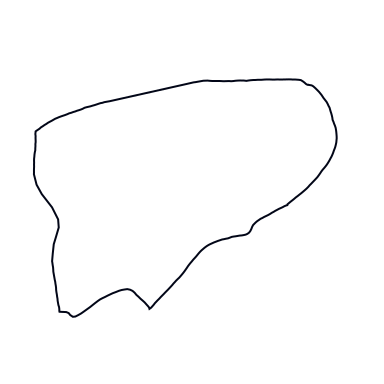 the district of Mudiyah, Abyan, Yemen, rotated 170°
{"feature_id": "15242507B27730634492451", "entity_name": "Mudiyah", "entity_type": "district", "adm_level": 2, "iso_a3": "YEM", "parent_name": "Yemen", "parent_adm1": "Abyan", "projection": "orthographic", "projection_center": [46.206, 13.949], "detail": "fine", "context": "isolated", "style": "outline", "palette": "ink", "viewbox_px": 384, "rotation_deg": 170, "n_neighbors": 0, "source": "geoboundaries", "source_scale": "gbopen_adm2", "svg_char_len": 4261}
<svg xmlns="http://www.w3.org/2000/svg" viewBox="0 0 384 384"><g transform="rotate(170 192 192)"><path d="M343.3,97.1L343.0,97.0L339.9,96.3L336.7,95.6L334.5,94.2L333.3,92.0L331.0,89.8L328.5,89.6L325.5,90.5L322.4,91.6L319.8,92.8L317.3,94.0L314.8,95.2L312.3,96.4L309.2,98.1L306.6,99.5L303.7,101.0L301.1,102.2L298.6,103.0L296.0,103.7L293.1,104.6L290.2,105.4L287.6,106.1L284.3,106.7L281.0,107.4L278.3,107.7L275.6,107.7L272.6,107.6L269.9,106.5L267.7,104.9L266.0,102.8L264.6,100.3L262.9,98.2L261.3,95.9L259.5,93.7L257.8,91.5L256.4,89.2L254.9,86.8L254.3,85.6L254.2,84.3L252.3,85.2L250.8,86.4L249.3,87.6L247.8,89.0L246.3,90.1L244.7,91.3L242.8,92.6L241.0,94.0L239.3,95.2L237.6,96.4L236.0,97.6L234.3,98.8L232.6,100.0L231.0,101.2L229.4,102.4L227.6,103.8L226.1,105.1L224.5,106.3L223.0,107.5L221.1,108.8L219.4,109.9L217.8,111.2L216.0,112.7L214.5,114.0L213.1,115.3L211.7,116.7L210.2,118.2L208.9,119.6L207.4,121.0L205.8,122.4L204.2,123.7L202.5,125.2L200.9,126.4L199.1,127.8L197.6,129.1L196.1,130.4L194.6,131.6L192.9,132.8L190.9,134.0L189.2,135.0L187.0,136.1L185.0,136.9L183.1,137.5L181.1,138.0L179.2,138.5L177.1,138.9L175.1,139.3L173.1,139.6L170.6,140.0L168.6,140.0L166.7,140.1L164.6,140.1L162.5,140.5L160.6,140.9L158.7,140.9L156.7,140.8L154.5,140.8L154.4,140.8L152.6,140.8L150.5,140.6L148.5,140.6L146.5,140.7L144.6,141.2L142.8,142.1L141.3,143.5L139.9,145.4L138.9,147.1L137.6,148.8L136.1,149.9L134.5,151.0L132.8,152.0L131.0,152.8L129.1,153.7L127.2,154.2L125.3,154.9L123.1,155.5L121.0,156.1L119.0,156.8L116.9,157.7L115.0,158.3L113.3,159.0L111.4,159.6L109.3,160.3L107.3,160.8L105.4,161.3L103.4,162.0L101.6,162.4L100.4,162.5L100.1,163.3L97.9,164.6L96.1,165.6L94.4,166.5L92.6,167.5L90.6,168.7L88.6,169.7L86.6,170.8L84.7,171.8L82.8,172.9L80.6,174.2L78.5,175.5L76.4,177.0L75.0,178.2L73.4,179.3L71.5,180.7L69.3,182.3L67.7,183.5L66.0,184.8L64.2,186.5L62.5,188.2L61.1,189.7L59.5,191.2L57.5,192.8L56.0,194.1L54.5,195.5L52.9,197.2L51.1,199.3L49.8,201.0L48.5,202.6L47.2,204.5L46.2,206.1L45.0,208.3L44.0,209.9L43.0,211.7L42.2,213.5L41.3,215.7L40.7,217.9L40.2,219.7L39.9,221.6L39.7,223.6L39.5,225.9L39.4,227.9L39.4,230.3L39.7,232.4L40.2,234.6L40.5,236.6L41.0,238.6L40.9,240.9L41.0,243.0L41.2,245.2L41.5,247.2L41.7,249.2L41.9,251.2L42.6,253.2L43.1,255.2L43.8,257.3L44.7,259.0L45.8,261.1L46.0,261.4L47.6,265.1L49.6,268.7L52.6,273.0L54.2,275.0L55.6,276.2L58.7,277.3L58.9,277.3L59.0,277.5L59.7,277.6L60.0,277.8L60.3,278.0L61.0,278.6L62.2,280.2L63.7,281.8L65.4,283.3L67.2,283.9L69.1,284.4L71.1,284.9L73.1,285.2L75.0,285.7L77.0,286.1L79.0,286.4L81.6,286.8L83.6,287.1L86.0,287.5L88.3,288.0L90.7,288.3L92.7,288.6L94.9,289.1L96.8,289.5L99.1,289.9L101.5,290.2L103.7,290.4L105.8,290.7L108.0,291.1L110.0,291.3L112.7,291.7L114.9,291.9L117.2,292.0L119.1,292.0L121.4,292.7L123.3,293.1L125.5,293.5L127.8,293.8L129.7,294.0L132.1,294.1L134.2,294.3L136.1,294.8L138.1,295.1L140.2,295.4L142.5,295.8L144.5,296.3L146.7,296.7L148.9,297.1L151.1,297.5L153.2,297.9L155.2,298.4L157.3,299.0L159.4,299.3L161.5,299.6L163.8,299.6L165.8,299.6L167.8,299.6L169.8,299.6L171.3,299.7L179.0,299.3L257.3,295.7L258.9,295.7L260.8,295.7L262.8,295.7L264.7,295.4L265.6,295.4L266.7,295.4L268.8,295.1L270.7,294.8L272.8,294.5L274.9,294.3L277.2,294.0L279.3,293.9L281.3,293.8L283.2,293.6L285.3,292.9L287.2,292.5L289.2,292.2L291.1,292.0L293.0,291.6L295.0,291.4L297.1,291.0L299.3,290.8L301.2,290.3L303.8,289.8L305.9,289.5L307.8,289.2L310.0,288.8L312.1,288.3L314.0,287.9L315.9,287.2L317.8,286.5L319.7,285.9L321.8,285.2L323.7,284.3L325.6,283.6L327.5,282.7L329.5,281.9L331.2,280.8L333.0,280.0L334.8,279.2L335.5,278.8L335.6,278.3L336.2,276.3L336.3,274.3L336.7,272.4L337.0,270.2L337.3,268.3L337.9,266.4L338.2,264.4L338.7,262.4L339.1,260.3L339.9,258.4L340.6,256.3L341.1,254.3L341.7,252.3L342.1,250.4L342.4,248.3L342.8,246.5L343.1,244.4L343.6,242.2L344.0,240.1L344.3,238.2L344.6,237.0L343.8,226.2L340.3,216.0L332.5,201.2L328.6,188.3L329.4,180.2L333.8,171.3L337.2,164.6L339.8,155.6L341.8,148.1L341.8,146.6L341.9,144.2L341.9,142.0L342.1,139.9L342.4,137.6L342.4,135.6L342.4,133.7L342.4,131.5L342.4,129.3L342.3,127.4L342.4,125.4L342.4,123.4L342.5,121.3L342.8,119.2L342.9,117.0L342.9,114.5L343.0,112.3L343.0,110.2L343.2,108.3L343.2,106.2L343.2,103.9L342.9,101.8L343.0,99.8L343.3,97.9L343.3,97.1Z" fill="none" stroke="#020617" stroke-width="2"/></g></svg>